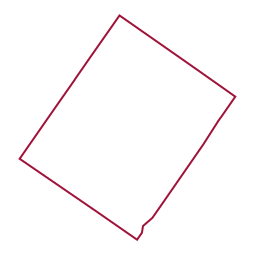 outline of Oktibbeha, Mississippi, United States of America, rotated 125°
{"feature_id": "52423323B5327957773533", "entity_name": "Oktibbeha", "entity_type": "district", "adm_level": 2, "iso_a3": "USA", "parent_name": "United States of America", "parent_adm1": "Mississippi", "projection": "natural_earth1", "projection_center": [-88.888, 33.426], "detail": "fine", "context": "isolated", "style": "outline", "palette": "rose", "viewbox_px": 256, "rotation_deg": 125, "n_neighbors": 0, "source": "geoboundaries", "source_scale": "gbopen_adm2", "svg_char_len": 418}
<svg xmlns="http://www.w3.org/2000/svg" viewBox="0 0 256 256"><g transform="rotate(125 128 128)"><path d="M40.7,72.9L40.7,73.2L40.6,117.6L40.7,199.5L59.3,199.5L91.7,199.5L118.6,199.4L119.0,199.3L155.4,199.3L215.4,199.1L214.8,139.0L214.5,109.0L214.4,86.7L214.3,56.5L205.8,56.5L199.7,59.5L187.7,56.5L173.1,56.5L98.4,56.9L69.8,58.1L62.7,58.0L40.8,58.1L40.7,72.9Z" fill="none" stroke="#9f1239" stroke-width="2"/></g></svg>